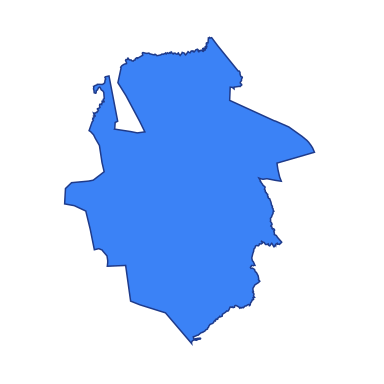 Tepalcingo, Morelos, Mexico (Equal Earth projection), rotated 350°
{"feature_id": "50627088B98541871287942", "entity_name": "Tepalcingo", "entity_type": "district", "adm_level": 2, "iso_a3": "MEX", "parent_name": "Mexico", "parent_adm1": "Morelos", "projection": "equal_earth", "projection_center": [-98.876, 18.569], "detail": "fine", "context": "isolated", "style": "filled", "palette": "blue", "viewbox_px": 384, "rotation_deg": 350, "n_neighbors": 0, "source": "geoboundaries", "source_scale": "gbopen_adm2", "svg_char_len": 5947}
<svg xmlns="http://www.w3.org/2000/svg" viewBox="0 0 384 384"><g transform="rotate(350 192 192)"><path d="M318.4,169.5L317.2,166.6L315.4,163.1L314.1,161.1L310.0,156.3L298.7,144.8L286.6,136.7L285.3,136.1L245.0,108.3L247.8,95.4L249.8,95.9L251.3,97.7L251.6,96.0L257.2,96.2L257.6,96.5L259.6,95.2L259.5,94.5L258.5,93.4L258.5,92.8L258.7,92.2L260.1,90.9L260.3,89.5L261.4,88.1L261.4,87.5L260.2,86.8L259.7,83.8L260.0,83.3L260.0,82.6L259.6,81.2L258.5,80.9L257.3,78.8L242.6,52.2L238.2,43.5L237.7,43.3L236.9,43.6L236.4,43.5L236.0,42.9L235.7,43.3L234.9,43.1L233.7,47.8L232.6,47.6L231.9,48.0L232.3,49.0L231.4,49.8L231.9,50.8L231.8,51.5L230.5,51.3L231.0,52.9L230.4,53.1L229.9,52.4L229.3,52.4L229.8,54.0L229.6,54.5L229.1,54.5L229.0,53.7L227.9,52.5L227.5,52.6L227.5,54.0L227.8,55.3L227.4,55.5L226.6,54.9L226.0,54.0L225.5,53.9L224.6,54.4L223.7,54.0L223.2,55.1L222.8,55.0L222.5,53.9L222.6,52.8L222.1,52.3L220.4,52.7L218.6,54.4L217.8,54.2L217.9,53.6L217.4,53.1L216.5,53.4L216.0,53.0L215.6,53.1L214.2,54.6L213.2,54.0L212.5,53.1L210.0,55.6L209.4,55.9L208.9,55.2L208.8,54.1L206.6,52.8L206.1,53.6L204.0,55.5L203.0,53.7L202.8,52.7L202.2,52.9L202.0,53.6L200.5,53.5L199.5,52.3L198.3,52.1L197.9,52.8L197.2,52.6L196.2,51.4L196.2,50.8L195.8,50.4L195.0,51.4L194.8,51.1L194.0,50.8L193.5,51.5L192.7,51.4L191.8,50.6L190.7,51.5L190.0,50.5L189.6,50.9L190.0,51.2L188.6,51.0L187.5,51.4L186.7,51.0L186.1,51.0L185.8,51.3L184.5,51.6L181.7,51.7L180.9,51.5L180.6,50.9L179.5,49.9L179.0,50.4L178.0,50.2L174.3,48.5L173.7,47.7L171.9,47.7L170.9,47.5L168.1,46.2L167.6,46.2L167.2,46.6L167.2,48.8L161.7,50.8L161.8,50.4L161.0,50.2L159.6,50.8L159.1,51.3L159.0,51.9L158.7,52.2L157.9,52.1L156.8,52.9L155.2,52.1L155.0,51.4L153.2,51.0L152.2,49.0L151.9,49.1L152.0,50.0L151.5,50.3L150.0,50.1L149.4,50.8L150.0,53.5L149.8,54.2L147.7,54.3L146.5,54.7L144.8,55.5L143.4,56.8L143.7,57.5L138.0,71.5L143.7,85.6L152.8,113.5L156.0,124.6L148.4,124.3L142.0,121.8L126.6,116.6L126.9,116.2L128.4,110.2L131.1,109.4L130.4,63.3L126.6,63.5L126.1,64.2L126.5,65.1L126.6,65.9L125.9,66.5L125.0,69.3L123.6,70.1L122.4,70.5L117.4,69.5L116.9,70.1L115.1,70.3L114.0,70.9L113.4,70.9L113.4,72.2L112.9,73.3L113.1,74.9L112.9,77.3L114.2,78.0L114.7,77.8L115.4,75.5L116.6,75.1L117.9,73.2L119.0,72.6L119.5,72.8L120.4,75.7L121.7,76.9L122.4,78.6L121.8,84.8L120.7,85.3L120.5,86.6L121.2,87.4L121.0,87.8L120.1,87.0L119.3,86.9L119.1,87.4L119.9,88.0L118.4,89.1L118.2,90.2L116.7,89.5L116.3,89.8L115.9,91.0L116.0,92.8L114.1,93.5L113.4,93.5L113.2,93.8L114.0,95.2L113.1,96.3L112.6,96.3L112.2,97.2L111.4,97.0L110.2,97.6L109.7,97.3L109.0,97.5L108.8,97.3L109.0,98.8L109.8,99.6L109.8,99.9L109.3,99.4L109.1,99.8L108.3,100.1L108.7,100.6L108.3,101.6L108.1,102.0L107.2,102.1L107.3,102.4L106.8,103.0L107.3,104.2L106.3,105.3L105.9,105.5L101.3,113.7L102.6,114.9L105.0,118.6L106.1,122.4L108.9,130.1L108.5,147.5L109.0,156.8L96.8,163.2L92.0,163.3L75.0,161.9L68.0,166.6L64.5,181.6L73.7,185.0L84.1,192.3L85.3,210.9L85.8,231.9L90.4,231.6L93.5,233.6L94.0,234.8L97.2,240.2L97.1,244.8L96.7,247.0L95.7,250.4L113.9,252.8L112.6,288.8L121.0,294.0L144.9,306.4L165.3,341.1L165.3,340.5L166.0,339.1L167.2,338.3L168.6,338.1L170.6,338.8L172.9,338.1L174.5,338.3L175.0,337.9L175.0,337.6L174.6,337.3L172.8,337.2L172.1,337.4L171.7,337.0L171.0,337.3L169.7,337.1L169.1,337.4L168.8,337.2L168.2,336.7L168.1,335.9L168.2,334.7L169.6,334.8L170.2,334.4L170.9,334.4L171.8,334.0L173.4,334.0L173.9,333.5L174.7,333.3L175.0,332.9L176.3,332.3L177.7,332.0L178.3,332.1L178.7,331.7L180.3,331.3L181.9,330.0L183.4,329.7L184.0,328.5L184.8,328.0L185.3,327.0L186.8,325.5L189.4,325.0L190.5,324.4L191.3,323.2L192.2,322.5L192.7,323.0L193.4,321.7L193.8,321.3L194.8,321.8L195.2,321.7L195.9,320.4L197.2,319.9L197.7,319.3L198.2,319.9L200.2,319.5L200.7,317.7L204.2,316.2L205.4,315.2L206.4,315.5L207.2,315.3L208.5,313.6L209.5,312.0L209.8,311.9L210.8,312.4L211.6,312.1L212.2,312.9L212.6,313.0L212.8,312.7L213.8,312.9L214.4,311.5L214.9,311.3L215.7,311.4L218.2,313.4L218.9,314.8L219.4,314.6L219.5,314.2L220.1,314.2L220.7,314.8L221.8,314.4L222.4,314.9L223.3,314.4L223.7,313.8L225.0,313.5L225.7,313.6L227.0,312.9L228.1,312.6L229.1,313.2L228.9,313.9L229.0,313.9L229.7,313.3L230.5,311.2L231.5,310.5L232.6,308.7L233.0,308.9L234.0,308.4L233.7,306.7L234.4,306.3L234.8,306.7L235.3,306.6L234.6,305.5L234.6,304.8L235.2,303.7L235.3,303.1L234.4,301.1L235.2,300.9L235.0,299.4L235.2,297.7L235.4,297.3L237.8,294.4L241.8,292.7L243.3,291.6L242.2,289.9L242.6,289.4L242.6,286.1L241.4,282.3L240.6,281.7L240.1,279.7L240.2,279.2L238.3,277.5L236.8,277.5L236.4,276.5L237.0,275.6L237.5,275.4L237.9,274.7L239.0,274.9L239.8,275.3L240.5,274.9L241.2,275.1L240.3,271.4L239.8,270.7L239.5,269.7L239.4,267.3L241.2,263.2L242.6,260.7L242.6,259.9L243.2,259.0L243.3,258.6L244.2,258.1L245.2,256.2L246.3,255.9L247.9,256.5L248.3,256.4L249.0,255.7L249.4,254.8L251.1,255.2L252.3,254.7L252.8,254.3L252.4,253.9L252.3,253.3L251.8,252.8L251.9,252.6L253.5,253.9L254.4,254.3L255.0,255.9L255.4,256.5L257.0,256.7L258.0,256.3L258.1,257.5L258.9,258.5L259.3,258.5L261.5,256.3L261.8,256.5L263.1,260.2L263.5,260.2L264.5,259.0L265.1,258.8L265.2,259.1L265.4,258.5L265.3,258.1L267.0,257.3L267.2,258.3L268.6,258.4L269.0,258.8L271.6,257.1L271.6,256.9L268.3,251.5L267.5,249.5L265.7,248.2L266.0,246.8L265.7,244.6L266.4,244.5L266.7,243.9L266.6,243.1L265.9,242.3L265.0,242.5L264.5,241.9L264.7,241.1L264.4,239.9L263.7,239.2L264.2,238.5L265.1,238.2L265.2,237.8L265.1,236.6L264.1,234.5L264.5,233.7L264.7,231.5L266.1,230.3L266.7,229.0L268.1,227.2L268.3,225.8L269.3,225.2L268.8,223.9L268.9,222.3L268.3,221.5L268.7,220.0L268.1,218.8L268.0,215.8L267.3,212.0L266.4,211.6L266.2,211.2L265.9,210.5L266.2,210.0L265.7,208.9L266.1,207.9L266.1,207.4L265.1,206.4L265.0,205.3L264.3,204.8L264.2,204.4L264.4,203.1L264.2,202.3L263.8,201.9L264.8,200.0L264.7,199.5L263.0,197.6L262.9,196.9L261.2,193.6L261.5,193.5L260.3,189.9L262.2,191.0L264.1,191.8L268.1,191.9L276.4,195.1L281.8,196.9L280.9,192.4L280.5,184.6L280.7,178.3L319.5,174.1L318.4,169.5Z" fill="#3b82f6" stroke="#1e3a8a" stroke-width="1.5"/></g></svg>